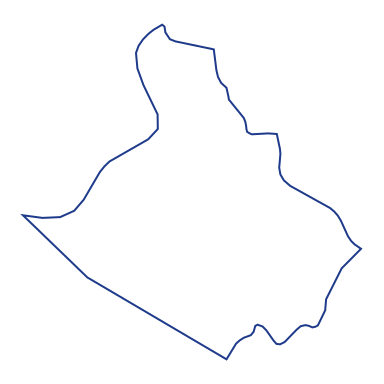 outline of An Giang
{"feature_id": "VNM-498", "entity_name": "An Giang", "entity_type": "Province", "adm_level": 1, "iso_a3": "VNM", "parent_name": "Vietnam", "parent_adm1": "", "projection": "robinson", "projection_center": [105.251, 10.573], "detail": "fine", "context": "isolated", "style": "outline", "palette": "blue", "viewbox_px": 384, "rotation_deg": 0, "n_neighbors": 0, "source": "natural_earth", "source_scale": "10m", "svg_char_len": 1071}
<svg xmlns="http://www.w3.org/2000/svg" viewBox="0 0 384 384"><path d="M162.2,24.7L164.5,26.6L165.4,32.4L169.9,39.2L175.5,41.4L213.8,49.4L216.4,70.2L218.0,76.9L221.1,82.9L226.5,87.8L228.4,96.5L228.9,99.6L243.8,118.0L245.3,121.8L246.1,125.7L246.4,128.9L247.1,131.8L249.7,133.4L251.8,134.3L268.1,133.4L276.8,134.0L280.0,149.2L280.4,154.1L279.2,167.7L280.4,174.5L283.9,180.4L290.2,185.9L330.0,208.0L334.2,211.5L337.8,215.6L340.9,220.7L348.0,236.3L351.1,240.9L354.5,244.3L361.0,248.8L341.7,268.3L328.0,295.5L326.1,299.3L325.2,310.3L317.9,325.4L315.5,326.7L312.4,327.4L309.0,325.9L305.5,325.1L300.7,326.2L296.5,329.8L284.7,342.0L280.1,344.3L276.5,343.9L273.5,340.5L266.4,330.4L262.6,326.5L257.6,324.7L255.3,325.9L253.6,331.8L250.8,335.2L243.9,337.7L239.7,340.4L236.1,343.6L226.5,359.3L87.3,277.4L23.0,215.3L42.5,217.9L60.2,217.1L74.2,210.8L83.7,199.7L99.9,172.0L104.5,166.3L109.6,161.4L148.2,139.3L157.8,129.0L157.6,114.4L143.5,85.2L137.4,68.4L136.0,52.9L138.6,45.8L143.0,39.4L146.7,35.6L148.4,33.9L153.5,29.8L162.2,24.7Z" fill="none" stroke="#1e3a8a" stroke-width="2"/></svg>